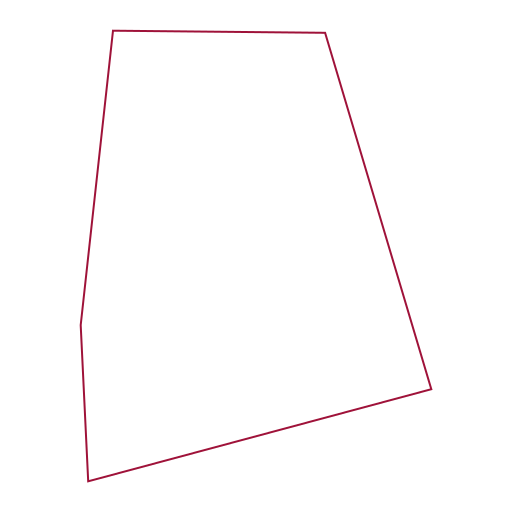 map outline of Beau Bassin-Rose Hill (Equal Earth projection)
{"feature_id": "MUS-5181", "entity_name": "Beau Bassin-Rose Hill", "entity_type": "City", "adm_level": 1, "iso_a3": "MUS", "parent_name": "Mauritius", "parent_adm1": "", "projection": "equal_earth", "projection_center": [57.468, -20.238], "detail": "fine", "context": "isolated", "style": "outline", "palette": "rose", "viewbox_px": 512, "rotation_deg": 0, "n_neighbors": 0, "source": "natural_earth", "source_scale": "10m", "svg_char_len": 194}
<svg xmlns="http://www.w3.org/2000/svg" viewBox="0 0 512 512"><path d="M88.2,481.3L80.7,325.1L113.0,30.7L325.1,32.8L431.3,389.2L88.2,481.3Z" fill="none" stroke="#9f1239" stroke-width="2"/></svg>